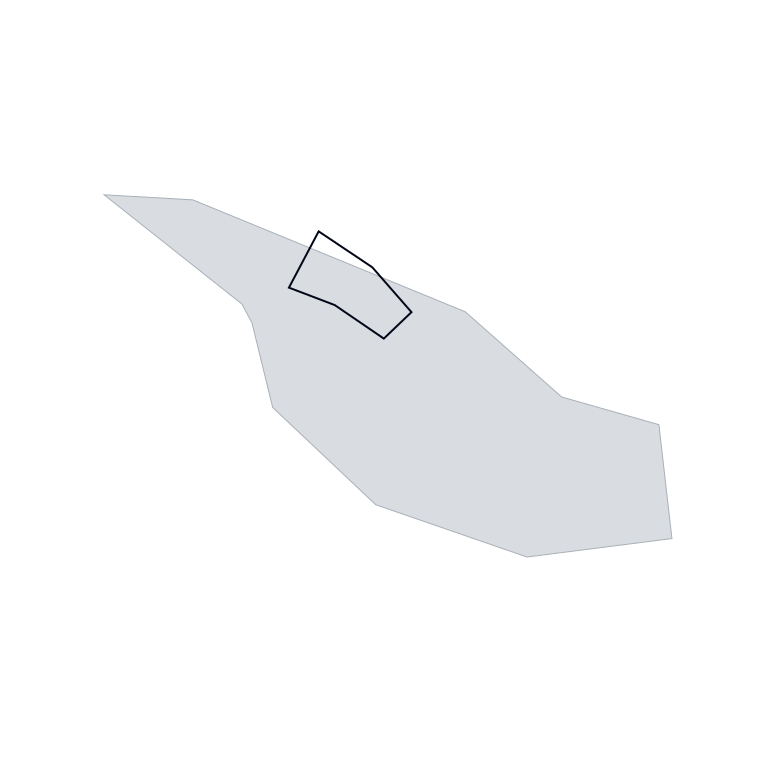 where Ngiwal sits in Palau, rotated 283°
{"feature_id": "PLW-5257", "entity_name": "Ngiwal", "entity_type": "state/province", "adm_level": 1, "iso_a3": "PLW", "parent_name": "Palau", "parent_adm1": "", "projection": "mercator", "projection_center": [134.634, 7.565], "detail": "fine", "context": "in_parent", "style": "outline", "palette": "ink", "viewbox_px": 768, "rotation_deg": 283, "n_neighbors": 0, "source": "natural_earth", "source_scale": "10m", "svg_char_len": 455}
<svg xmlns="http://www.w3.org/2000/svg" viewBox="0 0 768 768"><g transform="rotate(283 384 384)"><path d="M406.2,661.0L298.2,699.3L247.6,562.2L264.5,403.1L336.1,280.8L413.9,241.6L429.9,227.6L505.4,68.7L520.4,156.3L472.6,447.0L411.3,560.1L406.2,661.0Z" fill="#d9dde1" stroke="#a8b0b8" stroke-width="1"/><path d="M518.0,286.0L495.1,346.3L460.2,394.6L428.2,373.6L449.8,318.3L456.5,269.7L518.0,286.0Z" fill="none" stroke="#020617" stroke-width="2"/></g></svg>